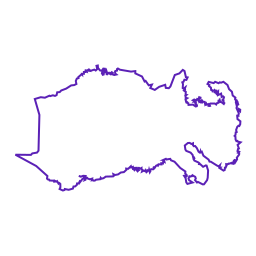 Konawe Selatan, Sulawesi Tenggara, Indonesia (orthographic projection)
{"feature_id": "22746128B90195550492320", "entity_name": "Konawe Selatan", "entity_type": "district", "adm_level": 2, "iso_a3": "IDN", "parent_name": "Indonesia", "parent_adm1": "Sulawesi Tenggara", "projection": "orthographic", "projection_center": [122.598, -4.26], "detail": "fine", "context": "isolated", "style": "outline", "palette": "violet", "viewbox_px": 256, "rotation_deg": 0, "n_neighbors": 0, "source": "geoboundaries", "source_scale": "gbopen_adm2", "svg_char_len": 5860}
<svg xmlns="http://www.w3.org/2000/svg" viewBox="0 0 256 256"><path d="M59.6,189.0L62.9,190.5L64.5,190.0L64.8,189.0L68.6,189.8L72.9,188.6L73.5,186.5L75.2,186.4L76.9,184.8L77.1,182.6L77.4,183.9L78.9,183.1L79.8,181.2L79.1,180.7L79.9,181.0L79.9,182.3L82.5,178.9L84.3,178.6L83.7,178.2L83.6,177.5L84.0,178.3L84.0,177.5L85.1,178.0L84.8,176.5L82.7,176.1L80.8,176.7L78.8,175.9L81.0,176.6L83.2,175.8L85.7,176.0L85.6,177.3L86.4,178.0L87.0,177.8L86.9,176.9L87.1,178.3L89.9,179.3L92.2,178.6L92.0,179.7L92.4,179.4L93.2,180.6L94.8,180.6L96.0,179.7L100.3,179.2L100.7,177.8L101.5,178.7L103.5,178.2L105.8,176.6L113.1,176.4L113.8,175.8L113.4,174.2L115.0,175.0L118.1,174.4L120.8,172.5L123.9,172.1L126.4,169.8L126.2,168.6L128.2,168.8L130.9,166.2L131.3,167.5L132.9,166.9L133.0,168.9L133.6,168.8L134.4,170.1L135.0,169.4L134.4,167.9L136.4,167.8L136.2,169.6L137.6,171.3L138.5,170.3L138.1,169.6L138.7,169.7L137.9,168.2L138.9,167.8L140.5,168.6L141.5,168.0L141.5,169.2L142.6,170.0L142.1,171.5L143.6,170.7L145.1,171.2L145.4,170.4L146.4,172.2L147.3,171.4L147.4,170.2L148.9,170.7L149.1,169.8L149.8,172.2L150.4,171.1L149.7,170.0L151.2,169.2L153.2,169.3L154.1,168.5L153.3,166.7L154.7,167.8L156.1,165.7L157.2,165.2L157.9,165.7L158.5,164.3L161.5,164.4L161.4,163.2L163.0,163.5L163.2,161.4L164.5,162.0L164.0,160.1L163.2,160.0L165.9,158.8L166.5,159.5L169.9,158.9L169.9,158.2L171.0,160.3L174.5,161.7L180.3,168.0L185.4,171.5L185.2,173.4L186.5,174.9L185.8,175.6L186.7,176.1L185.7,176.9L184.8,175.7L184.1,175.8L185.6,178.2L186.3,182.4L187.4,183.9L192.6,182.5L189.1,180.2L188.5,178.4L189.5,176.3L190.4,176.6L192.3,175.4L192.4,176.0L193.1,175.7L195.2,176.8L195.8,178.4L195.0,180.1L197.0,182.5L197.9,181.9L202.8,184.4L204.0,184.3L207.1,180.1L207.7,177.7L208.1,170.5L206.6,165.6L205.8,165.4L203.1,166.8L200.4,164.3L199.1,164.1L199.4,163.3L198.5,162.5L194.4,160.6L193.6,159.2L194.4,158.3L193.9,157.3L193.2,157.5L192.6,154.9L190.6,152.6L186.3,150.9L185.4,149.6L184.8,145.5L187.9,143.0L189.7,142.9L191.4,144.0L193.0,143.3L193.0,145.2L193.8,146.2L195.1,146.0L196.8,148.0L198.5,151.6L199.7,152.6L200.6,152.4L200.3,152.0L200.5,151.3L200.8,152.3L201.8,151.7L203.4,155.7L208.6,159.6L209.5,161.6L210.8,161.7L217.4,165.8L218.9,166.3L219.9,165.3L219.3,167.4L220.4,167.5L219.7,168.1L223.5,170.6L224.7,170.0L224.9,167.7L225.6,167.7L227.1,164.3L226.2,164.7L226.2,164.1L227.4,164.3L232.3,162.6L231.9,163.5L233.5,163.8L233.8,161.0L234.3,161.1L234.9,159.1L234.5,162.0L235.0,162.7L237.1,159.3L236.8,157.7L239.1,154.6L239.2,153.3L238.0,152.8L239.1,151.7L237.5,151.0L238.1,148.8L238.9,148.5L237.6,144.9L240.6,142.3L237.7,141.6L237.4,140.9L236.4,141.1L235.6,139.6L235.4,136.6L234.6,135.9L235.5,134.9L235.7,132.4L236.7,132.0L236.1,130.0L237.3,126.8L238.5,125.7L239.3,126.0L240.2,124.3L240.4,121.3L237.5,119.1L237.2,116.1L238.1,115.9L237.8,115.5L238.4,115.4L238.8,113.3L236.5,108.0L236.9,106.4L235.8,102.2L236.1,100.8L235.0,99.1L235.4,97.6L232.7,95.5L231.9,91.7L229.1,89.2L227.5,85.0L223.4,81.8L221.0,82.7L219.8,82.3L218.6,83.2L215.1,81.8L213.7,83.1L208.7,81.9L207.5,84.0L209.4,85.0L209.0,86.1L210.9,87.6L211.2,90.0L212.2,90.2L212.5,91.1L213.2,90.5L214.7,91.0L214.8,90.2L216.3,91.3L216.7,90.9L217.2,91.8L216.1,93.2L216.6,93.9L218.1,91.9L218.0,95.1L221.1,93.6L221.7,96.9L223.0,96.3L224.0,97.2L223.2,99.9L221.8,99.6L223.6,100.9L223.5,102.4L224.3,103.1L223.8,104.0L221.4,102.1L220.2,102.0L219.7,100.0L219.1,101.0L218.5,100.9L218.4,102.8L216.9,103.2L216.2,104.5L214.8,103.5L210.4,103.5L209.3,104.2L210.0,105.9L209.6,106.0L208.6,105.8L208.9,104.8L208.4,105.3L208.0,104.1L206.4,104.7L206.1,103.5L205.2,104.5L204.7,101.9L203.1,101.8L202.3,100.8L202.2,102.5L200.2,102.4L199.8,102.9L200.8,100.5L200.1,100.4L200.2,101.1L199.8,101.4L199.9,100.8L198.8,101.2L198.2,99.2L197.2,98.9L196.5,100.4L194.2,99.5L192.9,100.3L194.7,101.2L194.3,101.6L195.2,101.5L196.0,102.9L195.3,103.2L195.8,104.5L197.0,105.2L196.8,106.2L195.7,106.5L192.9,104.6L188.5,104.9L188.3,103.2L186.4,102.6L186.2,102.2L185.7,102.6L186.1,102.1L187.7,102.6L185.9,101.0L185.5,99.3L187.2,98.2L185.7,97.7L185.5,96.0L184.7,96.4L186.5,94.9L185.6,94.7L185.8,91.8L184.0,90.6L185.1,89.7L185.0,89.1L184.7,89.9L184.3,89.9L185.2,87.5L183.6,88.7L182.7,88.1L183.0,84.1L182.3,82.3L183.5,81.8L184.4,79.7L186.4,79.9L187.6,77.4L185.9,77.1L184.5,71.0L182.8,69.9L179.4,73.4L174.8,75.0L170.4,86.5L168.8,88.2L165.8,87.9L165.2,84.8L159.2,86.8L154.8,89.9L150.3,88.0L151.9,84.6L148.7,85.3L145.6,80.9L144.6,81.5L142.0,76.5L135.3,73.4L135.3,71.1L131.0,71.6L119.9,69.7L117.9,68.5L117.0,69.1L117.0,70.6L115.3,71.0L115.0,71.8L115.3,73.6L116.4,74.5L114.2,75.0L112.3,74.3L112.8,72.9L111.8,72.2L111.0,73.1L110.2,72.9L110.2,74.0L108.3,72.9L107.3,74.3L106.7,74.2L106.8,72.5L105.5,71.4L106.5,71.1L106.1,69.8L104.3,71.3L104.8,72.5L103.2,73.4L103.6,74.5L102.8,74.8L101.9,73.3L102.7,70.5L104.3,68.7L103.3,68.6L101.8,70.7L100.1,70.5L98.0,67.9L97.8,65.5L96.5,65.8L97.2,69.1L95.7,70.5L94.3,69.6L90.6,70.8L88.9,69.4L87.8,70.1L88.5,70.7L86.2,70.4L86.6,71.6L85.5,71.1L85.4,72.0L83.9,72.0L83.9,73.8L81.9,73.8L82.0,74.5L81.7,74.2L78.3,77.1L78.5,78.1L76.8,78.6L75.8,81.0L76.4,84.0L74.1,85.1L71.2,85.4L66.2,88.6L61.2,90.5L59.7,92.1L57.2,92.3L56.6,95.1L55.0,95.9L52.9,95.3L50.2,96.1L49.4,95.7L44.9,97.7L40.8,97.2L34.8,99.0L39.4,114.9L38.5,150.7L37.0,152.6L32.3,153.4L30.9,154.9L15.4,154.7L36.2,166.0L47.4,176.0L47.0,178.6L47.8,179.4L49.1,179.6L49.6,180.5L53.8,180.7L54.1,181.7L54.8,181.6L54.8,180.8L56.4,181.6L57.1,181.1L58.5,183.6L59.7,182.4L59.3,183.5L60.3,184.0L60.4,187.2L59.6,189.0ZM237.6,102.5L237.1,102.5L237.5,104.0L238.5,105.3L237.6,102.5ZM239.1,109.1L239.5,110.8L240.1,111.3L240.2,109.7L239.1,109.1ZM200.4,97.6L199.2,97.2L198.8,98.5L200.2,98.1L200.4,97.6ZM237.1,101.2L236.9,102.0L237.2,102.2L237.5,101.9L237.1,101.2ZM85.4,179.8L85.5,179.0L84.9,180.0L85.4,179.8ZM215.3,91.6L214.8,91.7L214.6,92.3L214.9,92.4L215.3,91.6ZM219.5,99.5L218.8,99.5L219.5,99.8L219.5,99.5Z" fill="none" stroke="#5b21b6" stroke-width="2"/></svg>